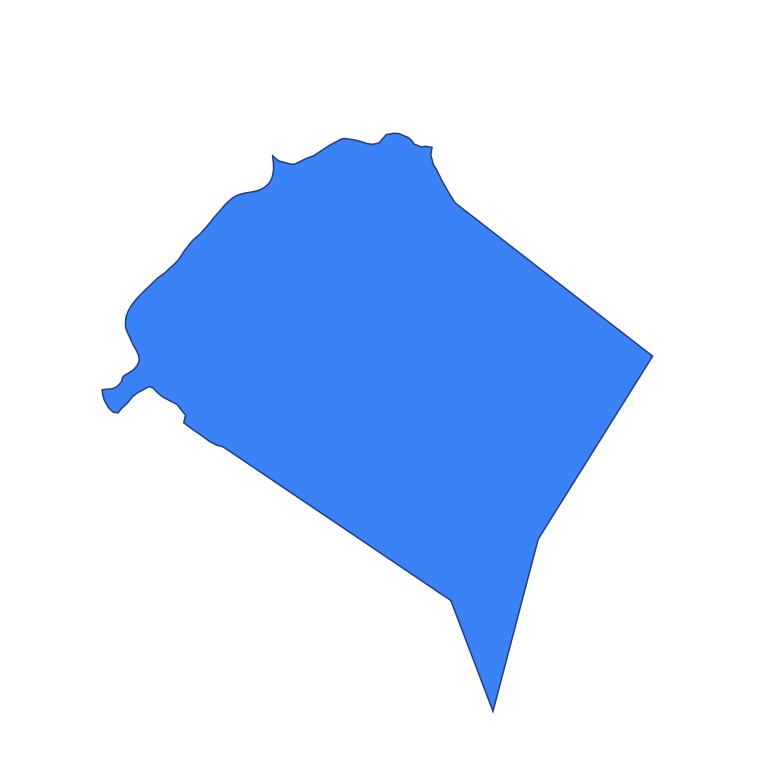 Latille, Micoud, Saint Lucia, rotated 120°
{"feature_id": "8701671B58191073405905", "entity_name": "Latille", "entity_type": "district", "adm_level": 2, "iso_a3": "LCA", "parent_name": "Saint Lucia", "parent_adm1": "Micoud", "projection": "mercator", "projection_center": [-60.916, 13.828], "detail": "fine", "context": "isolated", "style": "filled", "palette": "blue", "viewbox_px": 768, "rotation_deg": 120, "n_neighbors": 0, "source": "geoboundaries", "source_scale": "gbopen_adm2", "svg_char_len": 2679}
<svg xmlns="http://www.w3.org/2000/svg" viewBox="0 0 768 768"><g transform="rotate(120 384 384)"><path d="M530.0,625.2L533.9,622.3L537.9,618.1L539.5,615.5L542.4,610.5L542.7,609.3L543.8,604.4L542.9,602.1L542.0,599.9L536.5,599.1L529.1,596.8L520.9,595.4L520.2,595.3L519.3,594.9L514.3,592.7L509.2,589.6L503.7,586.2L502.9,582.4L504.8,575.6L505.9,568.8L505.6,562.8L505.5,559.3L505.1,553.2L508.8,544.1L510.7,539.5L511.2,539.7L511.8,539.9L517.7,538.0L518.1,534.8L519.1,526.2L519.7,518.2L519.9,515.2L521.0,506.1L520.7,500.6L520.6,498.0L519.1,493.2L519.0,489.9L538.1,217.8L612.9,126.0L451.4,170.1L441.2,172.9L225.6,165.3L191.6,412.9L186.6,422.4L178.5,436.2L172.3,445.4L169.3,450.9L162.3,458.0L155.1,460.7L157.3,466.8L160.0,469.9L161.2,477.8L159.3,481.8L158.5,485.8L159.6,496.1L161.9,500.8L166.9,506.8L177.7,508.8L182.0,513.5L184.3,518.7L185.4,524.6L187.7,532.5L191.2,541.2L193.5,543.6L205.0,550.8L221.6,559.1L227.7,564.2L238.5,571.4L240.4,575.3L243.5,587.2L242.1,594.5L247.1,590.9L248.1,590.1L252.9,587.2L257.0,585.4L259.9,584.6L261.9,584.0L262.9,584.0L265.3,583.8L267.4,583.9L270.0,584.5L272.9,585.6L275.4,586.9L278.7,589.2L281.0,591.4L282.1,592.6L283.8,594.5L284.6,595.5L287.3,598.8L289.0,600.7L290.0,601.7L291.7,603.5L292.9,604.4L293.8,605.2L295.8,606.6L297.9,607.7L298.9,608.2L299.4,608.4L301.4,609.1L304.7,610.2L306.8,610.8L308.8,611.3L311.3,611.8L313.4,612.2L317.6,613.0L318.2,613.1L320.6,613.7L323.4,614.2L326.2,614.7L329.7,615.1L332.2,615.5L339.7,617.0L346.8,618.5L349.3,619.4L355.2,621.5L358.0,622.0L359.6,622.2L360.8,622.4L362.3,622.5L366.5,623.2L367.3,623.3L369.9,623.6L375.3,623.7L379.2,624.1L379.6,624.2L385.0,625.4L388.7,626.7L391.8,627.7L393.3,628.2L397.0,629.2L401.3,631.1L406.0,633.2L406.9,633.4L411.8,634.8L413.6,635.2L416.0,635.9L418.5,636.7L420.4,637.3L423.6,638.2L424.6,638.5L425.6,638.7L428.3,639.4L429.3,639.7L431.8,640.3L436.3,641.2L438.2,641.5L439.9,641.7L443.1,642.0L446.9,642.0L448.2,641.9L450.3,641.8L452.8,641.3L454.0,641.0L455.5,640.6L457.6,639.8L458.0,639.6L461.7,637.7L464.3,635.8L466.4,633.6L467.1,632.6L468.7,630.5L471.2,626.9L472.8,624.8L473.1,624.3L475.5,620.9L477.6,617.1L479.0,614.9L480.7,612.4L481.1,611.9L481.6,611.2L482.1,610.8L482.6,610.3L483.9,609.0L485.5,608.1L486.1,607.9L487.7,607.4L488.7,607.2L492.0,607.1L492.4,607.2L494.7,607.5L497.7,608.4L498.3,608.7L500.7,609.8L502.0,610.6L502.6,610.9L504.2,611.8L504.7,612.1L505.6,612.6L507.4,613.4L508.1,613.5L509.0,613.6L509.8,613.5L510.3,613.4L511.8,612.9L513.5,612.6L515.3,612.9L516.2,613.0L516.8,613.1L518.4,613.5L520.9,614.5L523.1,616.1L524.9,618.2L525.6,619.2L525.9,619.8L526.7,620.8L527.3,621.7L528.5,623.4L529.7,624.8L530.0,625.2Z" fill="#3b82f6" stroke="#1e3a8a" stroke-width="1.5"/></g></svg>